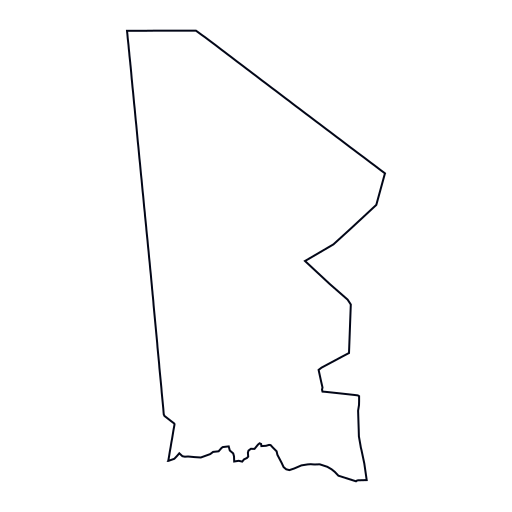 the border of Timbuktu
{"feature_id": "MLI-2688", "entity_name": "Timbuktu", "entity_type": "Region", "adm_level": 1, "iso_a3": "MLI", "parent_name": "Mali", "parent_adm1": "", "projection": "robinson", "projection_center": [-3.929, 20.026], "detail": "fine", "context": "isolated", "style": "outline", "palette": "ink", "viewbox_px": 512, "rotation_deg": 0, "n_neighbors": 0, "source": "natural_earth", "source_scale": "10m", "svg_char_len": 3264}
<svg xmlns="http://www.w3.org/2000/svg" viewBox="0 0 512 512"><path d="M196.0,30.7L199.0,32.9L202.0,35.1L205.0,37.2L207.9,39.4L212.3,42.7L215.4,45.0L218.5,47.4L221.6,49.8L224.7,52.1L227.8,54.5L230.9,56.8L234.0,59.2L237.1,61.6L240.2,63.9L243.4,66.3L246.5,68.7L249.6,71.0L252.7,73.4L255.8,75.7L258.9,78.1L262.0,80.5L265.4,83.0L268.8,85.6L272.2,88.2L275.6,90.7L279.0,93.3L282.4,95.9L285.8,98.5L289.2,101.0L292.5,103.6L295.9,106.2L299.3,108.7L302.7,111.3L306.1,113.9L309.5,116.4L312.9,119.0L316.3,121.6L319.7,124.1L323.1,126.7L326.5,129.3L329.9,131.8L333.3,134.4L336.7,137.0L340.1,139.5L343.5,142.1L346.9,144.7L350.3,147.3L353.7,149.8L357.1,152.4L360.6,155.0L364.0,157.5L367.4,160.1L370.8,162.7L374.2,165.2L377.6,167.8L381.0,170.4L384.4,172.9L385.0,173.4L384.8,173.9L376.3,204.9L351.2,228.2L333.4,244.4L305.0,261.0L329.6,283.9L347.6,299.6L350.8,304.5L349.0,353.0L341.6,356.9L321.6,367.6L318.6,369.9L321.1,381.4L322.5,387.5L322.0,389.7L322.5,391.6L325.2,391.8L342.0,393.6L353.8,394.9L356.3,395.2L357.8,395.4L359.1,396.2L359.1,401.3L359.0,405.1L358.1,410.7L358.5,423.3L358.7,429.2L358.9,436.4L360.5,445.5L360.8,447.4L361.5,450.2L363.4,459.2L364.3,463.5L366.7,480.1L358.0,480.3L356.7,480.7L356.0,481.3L338.4,475.7L334.8,471.9L331.6,469.3L327.3,466.8L319.7,464.3L314.5,464.5L310.7,464.2L307.7,464.4L301.4,465.4L294.2,468.5L289.4,470.1L286.2,469.3L283.6,467.1L281.6,462.8L277.4,454.8L276.6,451.3L272.8,447.5L270.6,445.1L269.1,444.9L266.0,445.8L261.4,446.1L261.1,444.0L259.6,443.3L258.0,444.6L254.5,448.9L250.9,448.8L248.5,450.6L247.9,452.7L248.2,456.6L246.9,458.0L244.0,459.4L242.2,461.6L238.7,460.8L234.2,461.5L234.0,456.3L233.2,453.4L229.8,450.5L228.7,446.4L225.9,446.7L222.7,447.1L221.5,448.0L218.6,451.3L213.1,451.9L210.2,454.1L200.8,457.5L194.5,457.1L188.2,456.5L184.8,456.7L182.4,456.2L179.3,453.3L176.8,456.2L174.3,458.8L168.3,460.9L168.2,460.9L168.3,460.7L169.1,456.1L169.8,451.7L170.6,447.3L171.3,442.9L172.1,438.6L172.8,434.3L173.5,430.0L174.3,425.7L174.5,424.4L174.4,424.1L174.4,423.8L174.2,423.6L174.0,423.3L172.4,422.1L170.8,420.9L169.3,419.7L167.5,418.3L166.1,417.2L164.5,416.0L164.2,415.3L163.8,414.6L163.6,412.8L163.3,408.7L162.9,404.6L162.5,400.5L162.1,396.4L161.7,392.3L161.4,388.2L161.0,384.1L160.6,380.0L160.2,375.9L159.8,371.9L159.4,367.8L159.1,363.7L158.7,359.6L158.3,355.5L157.9,351.4L157.5,347.3L157.2,343.1L156.8,338.9L156.4,334.7L156.0,330.5L155.6,326.3L155.2,322.1L154.8,317.9L154.4,313.7L154.0,309.5L153.6,305.3L153.3,301.1L152.9,296.9L152.6,294.2L152.4,291.6L152.1,288.9L151.9,286.3L151.3,280.0L150.8,274.4L150.2,268.7L149.7,263.0L149.1,257.4L148.6,251.7L148.0,246.0L147.5,240.4L146.9,234.7L146.4,229.8L146.2,227.2L145.6,221.3L145.0,215.5L144.8,212.8L144.2,207.4L143.7,201.9L143.2,196.4L142.6,190.9L142.1,185.5L141.6,180.0L141.0,174.5L140.5,169.1L140.0,163.6L139.4,158.1L138.9,152.6L138.4,147.2L137.8,141.7L137.3,136.2L136.8,130.8L136.3,125.3L135.7,119.8L135.3,115.5L135.2,114.4L134.7,108.9L134.1,103.4L133.6,97.9L133.1,92.5L132.5,87.0L132.0,81.5L131.7,78.7L131.2,72.6L130.6,66.4L130.3,63.6L130.3,63.3L129.9,59.6L129.5,56.0L129.2,52.4L128.8,48.8L128.5,45.2L128.1,41.6L127.7,38.0L127.4,34.4L127.0,30.8L135.6,30.8L144.3,30.8L152.9,30.7L161.5,30.7L170.2,30.7L178.8,30.7L187.4,30.7L196.0,30.7Z" fill="none" stroke="#020617" stroke-width="2"/></svg>